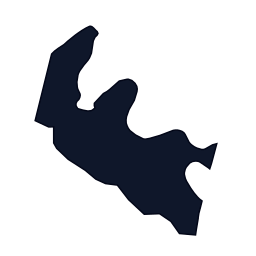 outline of Lake, Tennessee, United States of America, rotated 105°
{"feature_id": "52423323B1781163354371", "entity_name": "Lake", "entity_type": "district", "adm_level": 2, "iso_a3": "USA", "parent_name": "United States of America", "parent_adm1": "Tennessee", "projection": "robinson", "projection_center": [-89.539, 36.344], "detail": "fine", "context": "isolated", "style": "filled", "palette": "ink", "viewbox_px": 256, "rotation_deg": 105, "n_neighbors": 0, "source": "geoboundaries", "source_scale": "gbopen_adm2", "svg_char_len": 1666}
<svg xmlns="http://www.w3.org/2000/svg" viewBox="0 0 256 256"><g transform="rotate(105 128 128)"><path d="M76.3,220.9L144.9,219.6L147.5,204.9L146.1,200.1L161.7,195.9L166.1,191.6L173.7,177.7L179.9,158.4L185.7,145.9L187.5,135.3L185.9,123.5L197.1,108.8L207.1,90.0L202.6,75.4L207.1,62.4L216.6,51.0L213.8,35.1L208.7,35.7L197.3,36.8L196.5,37.0L192.0,37.5L185.8,37.5L179.3,37.6L178.1,40.6L176.6,43.2L173.5,47.6L169.9,51.9L164.2,57.8L161.9,59.6L158.4,61.5L156.6,62.0L152.9,62.1L150.6,61.6L145.9,59.4L143.7,57.1L142.5,54.5L142.1,52.7L142.0,51.0L142.3,49.5L145.6,40.0L146.3,38.5L142.8,38.3L140.1,38.2L120.2,38.2L122.4,42.0L128.2,47.9L129.2,49.5L129.7,51.4L129.6,56.3L129.0,59.2L127.8,62.4L127.0,63.9L126.0,65.3L119.4,71.2L118.1,72.8L117.3,75.0L117.1,77.5L117.2,79.6L117.7,81.6L118.6,83.7L126.9,95.2L132.4,104.3L134.2,108.1L134.6,110.0L134.5,110.9L132.8,118.9L130.0,125.5L128.2,127.7L126.1,129.5L123.8,131.0L120.7,132.0L117.4,132.4L109.9,131.8L99.6,129.1L90.4,128.8L87.9,129.2L85.5,130.3L83.0,132.8L81.1,136.6L80.8,140.4L81.3,141.8L84.9,148.6L95.6,155.7L98.3,157.8L101.1,160.7L112.8,166.9L115.3,166.3L116.6,165.3L117.5,165.3L120.0,167.1L120.9,168.3L122.0,171.1L122.4,176.2L122.3,181.6L120.2,183.8L119.0,184.3L117.5,184.6L115.4,184.2L113.2,182.9L111.0,182.5L109.0,182.6L107.6,183.1L103.3,186.7L101.6,187.6L96.8,189.3L89.5,190.1L87.5,189.9L85.2,189.4L78.8,187.0L72.8,184.2L70.2,183.4L65.2,182.7L52.8,184.1L48.8,183.4L46.3,181.9L44.4,181.5L42.8,182.8L42.2,184.1L40.4,187.0L39.5,189.0L39.4,190.0L39.5,191.0L39.9,191.6L42.2,194.3L45.7,197.7L49.3,200.8L52.0,203.0L59.5,208.5L64.0,211.4L68.9,215.8L72.7,218.8L76.3,220.9Z" fill="#0f172a" stroke="#020617" stroke-width="1.5"/></g></svg>